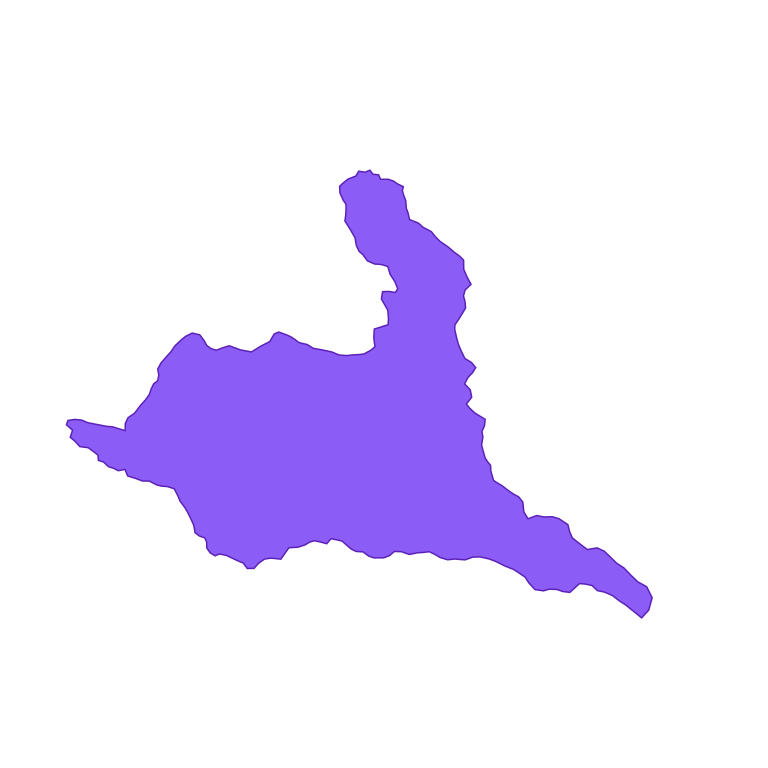 Firminópolis, Goiás, Brazil, rotated 101°
{"feature_id": "56859067B11608443354751", "entity_name": "Firminópolis", "entity_type": "district", "adm_level": 2, "iso_a3": "BRA", "parent_name": "Brazil", "parent_adm1": "Goiás", "projection": "natural_earth1", "projection_center": [-50.323, -16.626], "detail": "fine", "context": "isolated", "style": "filled", "palette": "violet", "viewbox_px": 768, "rotation_deg": 101, "n_neighbors": 0, "source": "geoboundaries", "source_scale": "gbopen_adm2", "svg_char_len": 3442}
<svg xmlns="http://www.w3.org/2000/svg" viewBox="0 0 768 768"><g transform="rotate(101 384 384)"><path d="M370.3,512.1L377.8,520.2L377.9,531.3L376.0,543.2L379.0,548.8L382.8,555.0L382.3,560.4L380.0,565.3L375.6,569.0L370.9,574.2L370.6,582.0L375.2,588.0L379.5,591.5L386.3,596.4L392.8,599.2L398.8,602.8L405.9,606.9L412.5,609.0L418.1,606.8L424.0,606.8L427.7,610.1L432.8,611.5L438.8,612.3L444.9,615.0L451.5,619.0L460.3,623.3L465.8,628.8L472.2,630.4L479.1,629.2L478.5,636.3L477.8,642.2L478.5,648.2L478.5,656.9L478.5,667.4L477.1,673.9L477.8,680.9L480.1,687.3L484.6,688.0L488.8,680.9L496.2,681.8L499.1,676.5L503.5,670.6L503.0,662.2L505.5,656.8L508.4,651.2L513.5,649.8L514.1,644.4L517.7,638.7L518.4,633.1L519.8,628.2L517.3,622.0L523.2,618.0L524.1,609.9L525.3,602.5L524.1,595.8L526.4,588.0L526.7,582.8L526.0,577.1L526.9,569.9L533.1,565.0L538.0,561.8L543.4,555.8L547.4,552.3L553.3,547.8L559.1,543.7L566.0,541.1L568.5,536.1L569.2,530.7L572.8,528.0L578.9,526.6L583.0,522.3L584.9,517.0L582.3,513.2L582.3,505.9L584.1,499.1L585.5,493.7L586.6,488.0L591.2,483.0L589.8,476.4L583.9,472.9L578.6,467.8L576.5,461.8L575.6,451.8L570.1,449.4L562.9,446.1L560.6,437.3L557.0,430.8L553.4,426.8L551.2,422.5L551.2,417.0L551.7,409.7L546.0,406.5L546.0,400.2L546.2,395.2L552.2,384.9L553.7,379.4L552.8,372.5L555.8,366.3L556.6,360.6L554.7,351.1L551.3,345.7L546.4,341.9L545.3,334.9L546.5,326.6L543.3,318.9L542.1,314.1L540.0,307.6L541.6,301.4L543.7,295.5L544.4,288.0L542.3,281.2L541.8,276.1L541.1,270.7L537.0,263.9L535.4,256.6L535.7,247.3L536.8,240.7L539.6,230.6L541.4,221.1L546.7,208.5L551.5,204.0L557.0,196.6L556.6,188.0L553.8,182.5L552.7,174.7L553.6,169.2L553.1,161.8L542.6,154.0L542.0,148.3L542.1,141.3L546.1,135.1L546.2,128.0L548.0,119.6L552.0,111.6L554.8,104.6L564.4,86.5L555.5,81.0L542.6,80.0L532.9,87.5L529.7,97.2L524.4,105.4L518.7,113.5L515.6,121.3L510.8,128.6L506.1,135.9L504.2,143.5L507.7,152.9L503.0,162.3L499.2,169.7L493.4,173.7L487.0,176.6L482.8,186.6L482.2,193.7L484.0,201.6L484.0,209.0L488.8,216.9L482.9,222.3L473.4,225.2L469.0,230.4L467.4,235.8L464.7,242.0L461.3,248.7L459.7,253.3L457.8,258.0L449.1,262.5L443.5,263.9L440.6,267.4L437.3,270.6L430.4,274.1L425.2,276.6L417.1,276.8L412.1,278.8L405.7,277.4L399.3,278.0L395.1,289.5L391.4,295.2L388.0,299.3L380.2,295.4L373.3,298.2L368.5,304.9L361.5,302.8L356.1,299.3L350.4,297.1L346.2,302.2L343.5,309.5L336.6,314.7L330.6,318.7L324.4,321.7L317.2,324.9L312.4,325.7L306.2,323.0L293.9,318.4L287.4,320.3L282.3,322.8L276.2,322.3L269.6,317.6L263.0,323.0L256.2,327.6L247.2,329.5L244.1,334.1L241.3,340.1L237.2,347.3L233.5,355.9L229.7,361.6L225.4,366.6L222.7,375.6L219.5,380.9L217.7,390.3L211.6,393.0L207.3,395.6L200.0,397.6L195.1,400.6L190.9,402.8L186.6,402.7L185.0,409.0L183.0,413.3L182.2,418.9L183.7,426.5L179.7,429.2L180.2,434.9L176.8,438.6L179.7,443.0L179.9,449.4L185.2,451.3L189.6,458.3L194.4,462.4L198.4,465.3L204.8,463.7L211.4,459.1L214.8,455.6L220.4,454.5L225.5,453.8L231.4,453.5L238.3,447.0L245.9,440.4L253.4,437.5L258.5,433.8L261.2,429.2L266.3,423.8L268.0,416.1L267.2,409.5L267.9,402.7L275.2,398.9L281.5,392.8L287.9,388.7L292.0,390.3L292.2,396.8L293.6,403.0L301.0,402.8L310.8,394.4L318.9,392.1L325.0,391.3L331.9,404.0L340.7,402.8L349.2,400.0L353.5,403.5L358.4,409.5L359.9,414.3L361.5,420.5L363.2,426.1L364.1,433.5L362.5,441.4L362.3,451.9L362.5,460.0L359.9,467.0L359.6,475.3L357.3,479.9L355.4,484.5L354.2,489.9L353.1,497.3L355.8,501.3L364.1,504.2L370.3,512.1Z" fill="#8b5cf6" stroke="#5b21b6" stroke-width="1.5"/></g></svg>